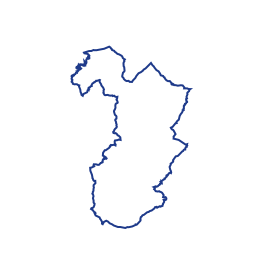 Bezdead, Dâmbovita, Romania, rotated 329°
{"feature_id": "2599482B78531328566142", "entity_name": "Bezdead", "entity_type": "district", "adm_level": 2, "iso_a3": "ROU", "parent_name": "Romania", "parent_adm1": "Dâmbovita", "projection": "equal_earth", "projection_center": [25.509, 45.163], "detail": "fine", "context": "isolated", "style": "outline", "palette": "blue", "viewbox_px": 256, "rotation_deg": 329, "n_neighbors": 0, "source": "geoboundaries", "source_scale": "gbopen_adm2", "svg_char_len": 5877}
<svg xmlns="http://www.w3.org/2000/svg" viewBox="0 0 256 256"><g transform="rotate(329 128 128)"><path d="M84.7,215.0L84.9,214.7L85.4,215.3L86.0,215.3L90.8,213.9L91.5,213.3L91.6,212.5L93.1,211.0L93.9,211.0L95.5,210.3L97.0,210.6L101.0,210.1L102.5,210.6L103.8,210.4L105.8,210.9L109.3,210.5L110.3,209.8L111.9,210.3L111.9,211.3L114.8,211.4L115.3,211.7L115.3,212.1L117.3,212.5L117.4,212.1L118.5,211.7L118.8,211.1L120.9,210.0L121.4,209.1L121.6,207.8L122.3,208.0L123.1,209.0L123.9,209.0L124.7,208.0L124.6,206.6L123.9,206.4L122.5,205.3L124.0,203.9L123.9,201.1L123.1,199.6L122.5,199.1L122.2,198.3L120.8,197.8L119.2,196.4L119.1,194.4L118.9,194.0L119.8,193.6L119.7,193.1L120.2,192.8L119.7,191.9L121.3,192.2L121.2,192.4L121.8,192.9L123.4,193.3L125.2,192.8L125.8,193.0L126.5,192.7L126.8,192.1L127.6,192.3L128.4,193.0L128.7,192.5L128.5,191.3L129.2,191.7L129.0,191.4L129.3,190.5L129.6,190.9L131.7,190.5L132.9,190.7L133.1,190.4L133.3,190.6L134.5,189.9L136.0,189.6L136.5,188.5L136.9,188.5L136.9,189.2L137.6,189.0L137.8,188.6L138.4,188.4L139.2,188.9L139.0,188.6L139.7,187.9L141.2,188.0L141.6,188.8L142.1,188.4L142.6,187.1L142.7,185.6L143.6,182.8L145.8,181.4L146.1,180.6L149.1,180.2L149.8,179.6L150.0,178.8L154.3,176.9L156.2,177.6L156.9,177.5L162.4,176.0L163.4,176.1L164.4,175.5L165.3,175.4L166.0,175.9L166.9,174.7L167.8,174.2L168.7,174.4L169.0,173.8L169.7,173.5L169.6,173.0L170.3,172.3L168.9,172.0L165.3,164.3L161.6,160.6L162.0,160.2L162.6,158.9L165.6,157.7L165.8,153.8L165.7,152.9L165.1,152.1L164.8,150.9L164.9,149.8L166.8,150.0L170.9,148.5L172.2,148.8L172.2,148.1L173.7,147.4L175.9,147.0L178.5,144.3L180.5,143.2L182.2,142.6L183.7,141.6L184.0,140.9L185.1,141.2L185.3,140.2L186.0,140.0L186.8,138.5L187.5,138.0L187.4,137.7L187.8,137.4L188.7,137.5L189.2,137.3L189.4,136.6L190.5,136.7L191.4,136.1L192.0,136.2L192.3,135.7L191.9,134.9L192.7,133.1L193.8,133.1L194.0,131.8L194.3,131.3L196.4,129.7L196.7,128.7L197.1,128.3L199.4,127.8L200.4,126.8L201.4,126.7L199.9,125.7L199.2,124.6L196.6,123.0L197.2,122.5L196.8,119.7L195.4,118.6L192.5,117.4L191.0,115.9L189.5,114.9L189.5,113.8L189.0,112.9L188.7,112.8L188.2,113.5L187.9,113.2L187.9,112.6L188.4,111.7L188.0,109.3L186.5,108.5L185.5,106.9L185.1,104.4L185.4,103.6L184.9,102.8L184.9,101.5L183.2,99.7L183.5,98.0L183.4,95.2L182.2,93.0L181.8,89.8L181.8,88.4L181.3,87.0L181.2,84.1L173.7,86.0L171.4,86.0L170.4,86.5L167.7,86.8L165.3,86.5L162.0,87.7L160.0,88.9L156.6,89.8L155.2,90.6L153.2,89.3L152.8,87.9L151.1,87.1L150.3,86.0L149.7,83.9L149.9,82.6L149.5,81.2L149.7,80.6L152.2,78.0L154.0,77.6L154.6,77.0L156.1,73.9L156.1,72.8L157.4,70.3L158.1,69.5L159.2,69.0L159.5,68.1L160.6,67.6L160.0,66.6L159.6,65.2L159.9,63.8L159.7,62.8L158.3,60.3L157.1,59.0L156.4,56.7L156.0,56.1L155.9,54.7L154.5,52.9L154.8,52.2L154.3,51.0L154.5,50.2L153.8,48.6L148.4,47.8L141.1,45.1L139.2,44.0L138.6,43.4L136.2,43.1L134.3,42.0L129.1,40.7L129.1,41.5L131.6,43.7L132.1,45.6L132.1,46.1L131.2,46.3L131.3,46.9L130.8,47.1L131.0,48.1L130.8,48.3L130.2,47.9L130.0,47.1L129.7,47.6L129.1,47.3L129.1,47.9L128.6,47.6L127.6,47.8L126.3,49.6L126.4,50.1L125.6,50.9L125.1,50.3L125.2,50.0L124.9,49.9L125.1,49.3L125.0,48.6L124.6,49.6L124.4,51.3L123.6,52.4L123.0,51.8L123.6,50.9L123.5,50.6L122.9,50.8L122.3,50.5L121.9,51.6L121.0,50.5L121.3,49.8L120.4,49.1L119.6,49.5L119.5,49.1L119.1,49.4L118.4,49.0L118.3,48.4L117.6,49.2L117.1,49.3L117.1,49.0L115.6,49.7L115.3,49.3L114.1,50.3L115.3,50.0L115.1,50.8L117.1,51.2L117.6,50.9L118.2,51.1L118.1,52.0L118.5,52.8L117.7,53.1L114.9,52.9L114.7,53.3L114.3,53.2L114.8,54.0L113.8,53.3L113.0,53.7L112.7,54.3L112.0,53.7L110.6,54.7L109.4,54.4L108.9,55.1L108.2,55.2L107.9,55.1L108.1,54.3L106.7,54.2L106.2,54.8L106.7,55.4L104.9,56.8L105.1,58.2L103.7,59.0L103.5,59.5L103.9,59.8L104.0,60.3L103.5,61.7L104.6,63.0L105.9,63.6L106.9,64.4L107.2,65.3L108.2,66.4L107.4,67.1L106.9,70.4L105.9,72.7L105.7,74.3L105.2,75.7L105.8,77.1L107.3,75.9L111.3,76.3L112.1,75.8L112.7,74.9L113.5,74.8L113.8,75.2L114.0,74.8L114.5,74.7L114.2,74.0L114.8,73.3L115.6,73.2L116.2,73.5L117.5,73.0L118.5,73.4L119.2,72.2L120.6,71.5L121.4,71.6L122.7,71.3L123.0,71.6L125.0,71.1L125.2,71.5L128.5,72.2L128.6,72.4L128.0,72.7L127.4,74.1L127.5,76.7L127.1,77.8L127.5,80.6L127.2,82.7L126.4,83.2L125.4,85.1L125.0,85.2L124.9,87.4L125.3,88.1L127.7,89.2L128.6,90.4L129.9,91.4L131.3,92.0L131.4,92.8L132.8,93.2L133.2,94.6L134.2,95.6L134.9,95.8L133.6,97.4L132.9,97.5L132.7,97.9L132.7,99.5L132.4,100.7L131.9,101.1L130.6,100.9L129.6,101.2L128.6,102.4L127.7,104.2L126.1,105.5L125.2,105.8L124.4,106.8L123.6,109.9L124.1,111.5L124.0,112.3L122.9,114.0L121.6,114.2L121.1,114.6L120.8,116.9L120.3,117.6L120.1,119.1L119.2,120.1L119.1,121.1L118.4,121.7L116.4,122.1L115.1,122.7L114.6,123.4L113.2,123.8L113.0,124.8L114.1,125.9L114.8,126.0L115.4,127.6L115.3,128.9L116.0,129.7L116.6,132.0L115.5,134.4L114.2,133.2L112.8,133.0L110.4,132.0L109.6,132.7L108.8,134.3L108.9,135.8L108.3,136.5L107.5,135.2L105.6,134.5L104.6,133.7L103.2,134.2L103.3,134.7L101.5,135.3L97.4,135.6L96.6,135.1L93.9,136.4L92.2,138.7L93.3,140.4L93.3,141.3L92.9,141.3L93.0,141.9L93.8,141.8L93.8,142.5L94.0,143.0L93.6,143.2L92.8,142.6L91.0,142.3L91.0,141.9L89.9,142.4L88.8,144.0L88.5,143.7L87.6,144.3L86.6,143.9L84.4,144.6L83.3,144.2L82.0,142.8L80.0,141.5L79.1,142.3L79.2,143.4L76.3,143.1L75.1,142.6L73.7,145.3L73.0,149.5L72.1,152.0L71.7,152.5L71.8,153.1L71.4,155.0L71.7,155.5L71.7,156.1L72.7,156.5L71.7,158.5L69.2,159.2L68.5,160.1L68.2,161.3L67.1,162.4L66.0,164.1L64.8,164.8L64.5,165.5L63.6,166.0L63.8,167.0L63.3,168.7L61.8,170.1L61.1,172.6L60.2,174.0L60.1,174.7L60.4,175.6L59.6,176.7L57.8,178.1L56.6,178.3L55.4,177.9L54.6,178.4L55.1,179.4L55.4,179.5L55.7,182.4L56.2,183.3L55.8,183.5L56.1,184.2L55.4,184.3L55.2,186.3L57.6,190.0L57.3,191.6L57.5,192.4L57.4,195.2L56.4,196.6L56.8,197.4L59.0,196.1L61.6,196.3L62.7,198.0L63.2,200.2L64.9,202.6L65.5,204.1L68.3,207.6L70.3,208.8L74.2,212.3L76.4,212.6L77.5,213.4L81.0,214.6L84.7,215.0Z" fill="none" stroke="#1e3a8a" stroke-width="2"/></g></svg>